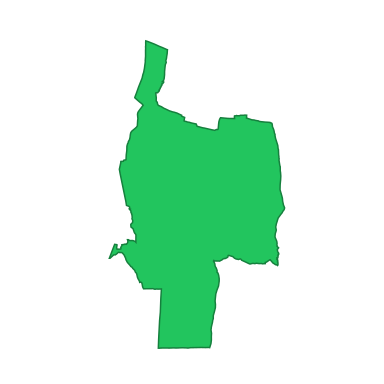 Padina, Mehedinti, Romania (orthographic projection), rotated 81°
{"feature_id": "2599482B34758771850495", "entity_name": "Padina", "entity_type": "district", "adm_level": 2, "iso_a3": "ROU", "parent_name": "Romania", "parent_adm1": "Mehedinti", "projection": "orthographic", "projection_center": [23.0, 44.441], "detail": "fine", "context": "isolated", "style": "filled", "palette": "green", "viewbox_px": 384, "rotation_deg": 81, "n_neighbors": 0, "source": "geoboundaries", "source_scale": "gbopen_adm2", "svg_char_len": 5996}
<svg xmlns="http://www.w3.org/2000/svg" viewBox="0 0 384 384"><g transform="rotate(81 192 192)"><path d="M244.5,284.0L244.6,283.3L241.9,279.2L241.9,278.8L242.1,277.7L242.0,277.4L241.3,276.0L240.2,274.4L240.1,273.8L240.6,272.7L240.7,271.3L241.3,270.3L242.8,269.4L243.6,268.9L247.2,267.9L248.6,267.8L251.5,266.8L254.9,264.6L256.0,264.1L257.0,262.9L258.1,262.5L260.3,260.9L262.4,260.4L263.3,259.7L264.4,259.4L267.8,259.2L269.7,258.7L271.7,257.9L273.1,257.8L272.9,256.8L273.4,256.2L273.7,255.9L274.5,255.7L278.0,255.6L280.0,255.0L281.3,246.2L281.3,245.7L281.8,244.9L282.1,244.3L282.3,243.0L282.2,242.4L282.6,240.7L283.0,237.4L292.6,239.5L305.9,242.1L313.8,244.1L332.3,248.0L341.0,249.7L341.1,249.1L341.2,248.3L341.2,247.7L341.5,245.2L342.2,240.9L342.6,238.7L343.1,234.4L343.6,232.1L344.3,226.0L345.1,221.9L345.5,220.4L345.5,218.1L347.0,207.2L347.8,202.8L348.1,200.2L348.3,199.3L348.5,198.9L344.7,197.0L341.2,196.0L337.8,195.5L334.6,194.8L331.0,194.8L330.0,194.4L329.0,194.2L327.6,193.7L323.7,192.1L322.0,191.6L320.4,190.8L317.4,190.3L313.7,188.6L309.9,187.0L306.7,186.4L304.0,186.3L303.0,186.2L296.3,184.4L292.8,182.7L289.0,180.5L284.3,179.1L281.9,178.7L278.3,178.7L276.0,179.1L275.3,179.8L273.5,179.5L272.8,179.6L270.8,180.0L269.5,180.6L268.0,180.8L267.0,180.7L265.9,180.8L263.6,181.6L263.0,181.1L263.8,180.4L263.8,179.2L263.9,178.6L264.1,178.4L264.2,177.1L264.6,175.5L264.1,174.3L263.8,173.1L263.1,172.0L262.7,170.7L262.9,170.4L262.8,169.9L262.9,169.7L262.8,169.0L262.5,168.3L262.2,167.9L262.2,167.1L261.2,166.5L260.7,166.4L260.3,166.1L260.3,165.7L262.2,161.8L264.0,160.4L265.1,158.9L265.5,157.5L265.9,156.9L265.9,156.5L265.6,154.9L266.0,154.3L266.5,153.9L267.1,153.7L270.1,149.2L271.5,147.2L272.2,146.0L272.0,143.2L272.3,141.9L272.6,141.1L272.4,139.5L273.2,137.0L273.5,134.5L273.9,133.9L274.2,130.8L273.1,130.7L273.1,130.4L272.8,129.2L271.1,125.7L271.1,125.4L274.4,123.4L275.1,122.9L275.8,121.9L276.6,121.2L277.0,120.6L277.1,119.8L278.0,119.0L277.6,118.6L277.0,118.6L276.7,118.3L276.0,118.4L275.5,118.1L274.4,118.6L274.0,118.1L273.7,118.0L272.9,118.1L272.2,118.6L272.1,118.1L271.4,118.0L271.2,118.0L270.9,118.5L270.5,118.7L270.3,118.6L270.4,118.1L270.3,117.9L270.4,117.7L269.9,117.3L268.9,117.1L268.6,117.3L268.4,117.0L267.9,116.7L267.0,116.7L266.8,116.3L266.8,116.0L265.9,116.0L265.0,116.5L264.4,116.7L262.4,116.8L262.3,116.6L261.9,116.6L260.7,115.2L260.3,115.4L260.1,115.8L259.3,116.2L259.1,116.5L258.3,116.3L257.4,116.4L256.0,116.0L253.9,116.0L249.8,117.0L249.1,117.0L247.4,116.6L246.0,116.2L243.8,115.1L242.7,114.7L240.0,114.8L239.0,114.6L238.4,114.3L236.7,113.7L234.3,112.5L231.8,111.3L231.1,110.9L228.1,107.9L226.6,106.2L225.4,105.4L224.4,104.3L223.7,103.7L222.2,103.0L219.1,103.7L215.5,103.9L212.2,103.7L210.0,103.9L203.5,104.7L198.6,103.8L194.0,102.6L190.1,101.8L186.6,101.5L184.9,101.5L180.9,100.9L179.6,101.1L174.2,101.1L172.6,100.7L171.3,100.8L170.5,100.6L168.8,100.6L163.6,100.0L162.6,100.2L159.6,100.0L158.7,100.1L152.1,101.1L149.5,101.2L148.1,101.0L146.6,101.4L144.6,101.4L142.9,101.6L140.1,102.3L138.2,102.2L136.8,102.3L136.4,102.6L136.0,103.4L136.0,103.8L135.5,104.0L135.2,105.1L134.4,108.8L133.2,113.3L132.9,114.1L132.8,114.6L132.4,114.9L132.1,115.4L131.3,117.9L130.6,119.4L130.1,121.5L128.6,124.4L128.3,125.1L127.8,125.8L127.6,126.6L124.7,126.0L124.3,127.8L124.3,128.9L123.8,132.2L124.1,133.3L123.9,134.5L123.8,135.2L123.4,136.1L123.6,136.5L123.5,138.1L124.5,138.4L126.1,138.4L125.0,144.8L123.1,152.2L124.4,153.3L126.7,154.4L128.7,155.0L133.9,156.3L134.1,156.5L134.3,156.8L134.1,158.0L134.5,159.4L134.6,159.5L134.7,159.8L133.6,162.8L130.8,169.7L130.3,171.3L127.9,176.7L125.5,177.2L123.8,181.6L122.6,184.0L122.3,185.3L121.4,186.8L120.8,188.5L120.6,188.7L120.3,188.7L117.2,187.6L115.6,190.3L115.3,190.4L114.6,190.2L112.8,192.9L111.8,194.3L110.5,196.9L109.6,199.2L108.8,200.5L108.7,200.9L108.5,201.3L106.8,203.8L106.1,204.8L104.8,206.8L103.0,208.8L101.4,211.4L100.6,212.0L100.2,212.2L97.8,212.3L97.1,212.9L96.3,213.1L93.1,212.5L91.6,212.5L89.2,212.3L88.7,212.5L88.5,212.4L88.4,212.2L88.4,211.3L88.6,210.4L88.2,210.0L87.6,209.2L87.3,208.8L86.9,208.8L86.8,208.5L86.6,208.4L86.3,208.6L86.1,208.5L86.1,208.2L85.6,208.0L85.1,207.5L85.0,207.3L84.5,207.3L84.4,207.2L83.6,206.4L83.1,206.1L82.8,206.1L82.5,205.7L82.1,205.2L81.5,205.2L81.4,205.0L80.4,204.7L80.6,204.3L80.5,204.1L79.0,202.7L78.4,203.4L78.3,203.8L77.8,203.1L77.0,202.4L75.4,201.7L72.1,200.8L68.6,200.2L64.4,199.1L62.0,198.4L60.1,197.2L58.0,197.3L57.3,196.9L55.7,196.2L54.5,195.9L51.5,194.9L47.6,194.0L47.4,194.5L44.8,198.5L42.9,201.7L40.1,205.9L36.4,212.2L35.5,214.0L36.7,214.3L40.1,214.8L41.0,215.1L43.4,215.4L44.6,215.7L50.5,216.6L55.2,217.7L55.9,217.7L62.6,219.7L66.2,221.0L68.5,222.2L71.8,223.5L79.7,228.2L85.8,231.5L89.6,233.7L90.0,233.7L90.7,233.2L95.0,229.6L97.0,227.7L98.7,226.7L104.2,232.4L105.6,233.3L107.4,233.8L108.2,233.7L109.2,233.9L110.8,233.9L112.9,234.5L118.3,235.7L118.5,236.0L119.2,236.6L120.4,238.4L122.2,241.5L122.8,242.3L124.0,243.3L125.9,244.0L128.2,244.6L129.9,245.3L130.9,245.8L132.1,246.9L133.5,247.4L134.3,248.1L136.5,249.1L140.8,249.9L144.9,251.1L149.7,252.1L149.9,252.3L149.9,254.3L150.9,255.0L150.7,257.5L152.0,257.8L158.2,260.2L162.9,260.1L191.1,258.8L195.0,258.8L195.8,257.4L196.2,256.7L197.0,256.0L197.5,256.0L198.4,256.3L198.7,256.7L198.9,256.7L199.2,256.5L199.2,255.7L199.3,255.5L200.0,255.9L200.3,255.9L201.2,255.3L202.5,255.5L203.5,255.0L203.9,255.2L205.0,254.9L207.6,255.0L209.1,255.5L210.7,255.0L212.3,255.3L213.0,255.6L213.9,257.0L214.4,257.5L215.9,257.7L217.2,257.7L218.9,256.0L222.9,255.3L223.5,255.1L224.9,254.3L225.7,254.1L232.8,255.3L232.0,255.8L231.1,257.3L230.7,258.1L230.3,260.7L230.1,261.2L229.9,261.7L229.3,262.0L229.1,262.4L229.0,263.2L230.6,263.0L232.0,263.5L232.7,264.1L233.0,264.7L233.4,265.0L233.3,265.4L233.1,265.5L233.0,267.1L233.2,267.3L233.2,267.6L233.1,269.5L233.9,269.6L235.6,271.0L237.0,271.1L237.2,271.6L237.2,271.9L236.8,274.6L236.6,275.1L235.0,275.1L232.5,274.3L232.2,274.6L231.6,276.6L244.5,284.0Z" fill="#22c55e" stroke="#15803d" stroke-width="1.5"/></g></svg>